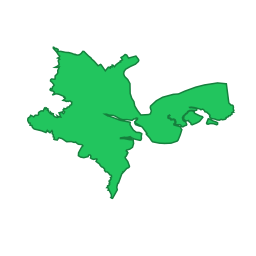 the district of Banyu Asin, Sumatera Selatan, Indonesia, rotated 102°
{"feature_id": "22746128B71070720422540", "entity_name": "Banyu Asin", "entity_type": "district", "adm_level": 2, "iso_a3": "IDN", "parent_name": "Indonesia", "parent_adm1": "Sumatera Selatan", "projection": "equal_earth", "projection_center": [104.728, -2.399], "detail": "fine", "context": "isolated", "style": "filled", "palette": "green", "viewbox_px": 256, "rotation_deg": 102, "n_neighbors": 0, "source": "geoboundaries", "source_scale": "gbopen_adm2", "svg_char_len": 5894}
<svg xmlns="http://www.w3.org/2000/svg" viewBox="0 0 256 256"><g transform="rotate(102 128 128)"><path d="M97.4,34.3L96.2,32.3L95.1,32.1L94.8,30.7L93.8,30.3L93.0,29.2L91.5,29.6L90.7,28.2L90.6,28.6L88.7,28.1L87.7,29.0L85.7,29.2L84.3,29.9L84.0,30.4L84.1,32.1L82.5,34.6L64.3,41.0L65.3,49.8L70.0,62.2L74.0,70.3L80.2,80.2L84.2,85.7L85.7,90.8L90.7,100.5L95.5,106.0L101.9,110.5L103.6,110.4L106.5,108.7L109.5,109.1L110.6,110.7L112.6,118.1L108.9,122.4L105.0,126.0L101.0,127.7L98.2,130.5L93.7,133.1L84.2,135.3L80.6,138.4L78.3,142.0L76.1,143.5L73.6,143.6L71.0,142.5L67.5,138.7L64.0,134.0L60.9,131.8L59.8,131.5L58.8,131.9L56.0,135.2L59.5,142.0L56.9,144.5L56.7,146.1L59.0,147.8L60.5,149.5L62.5,147.6L64.3,149.6L64.9,149.0L65.9,150.5L68.5,152.8L70.9,154.0L69.6,156.0L69.8,156.7L71.6,156.3L71.7,158.0L73.0,157.8L72.6,159.9L76.8,162.1L71.8,167.4L71.5,168.0L73.3,170.2L69.7,175.0L68.0,178.1L67.2,178.7L65.8,181.6L62.3,187.0L62.4,188.1L64.8,189.3L66.6,190.9L67.3,193.1L66.9,195.0L67.2,195.0L67.2,195.8L66.7,198.2L66.5,201.7L67.0,204.7L67.0,209.8L67.7,212.4L65.7,212.7L65.1,214.6L65.2,216.2L64.4,217.4L64.5,217.8L65.3,217.8L65.9,217.2L68.6,213.5L70.9,211.3L71.9,209.7L72.9,209.9L74.2,211.3L74.3,209.9L75.0,209.1L75.9,210.1L76.9,210.2L80.2,208.5L82.1,209.8L83.8,211.9L83.5,210.1L82.6,207.9L86.5,208.7L88.5,208.1L89.6,208.4L92.2,210.1L95.2,209.5L95.7,210.4L95.9,212.9L96.8,213.7L98.1,213.6L99.2,211.6L101.0,209.5L101.6,209.2L103.9,210.5L105.5,210.2L105.8,210.7L105.5,211.9L106.9,212.2L107.5,211.0L107.4,209.2L108.3,207.5L109.7,207.5L111.5,208.9L109.6,205.7L109.4,204.5L109.4,202.4L110.4,197.4L110.8,196.6L111.3,196.9L111.4,196.1L112.1,195.5L114.5,197.3L114.4,194.9L114.7,194.6L114.8,193.6L114.3,193.2L114.5,192.0L113.6,190.6L113.8,189.8L114.3,189.0L114.4,188.3L117.0,188.1L117.7,189.3L119.6,189.9L119.7,190.5L120.4,191.8L121.5,191.9L122.2,193.2L122.2,194.7L123.3,194.7L123.6,195.2L124.7,194.8L125.4,193.3L127.4,194.0L126.7,195.6L125.9,195.6L127.1,197.9L127.7,197.8L127.7,198.5L131.3,196.0L131.3,198.5L130.8,199.8L132.1,198.8L132.5,199.5L132.2,202.0L131.7,203.0L130.2,204.2L129.6,204.1L129.4,206.2L128.7,207.0L129.5,207.0L130.1,206.5L129.8,207.4L129.4,207.5L128.6,208.9L127.5,209.3L127.6,210.1L127.3,210.7L126.1,210.1L125.4,212.4L124.5,212.4L126.3,212.7L125.8,213.8L129.0,214.5L129.1,215.7L129.5,216.8L131.2,218.5L132.0,218.7L133.3,218.2L134.3,218.9L134.8,221.4L136.7,222.5L135.8,225.8L137.8,226.4L138.8,227.6L140.0,227.9L141.7,227.5L143.7,226.0L143.6,224.6L145.7,224.4L145.5,222.6L147.1,221.7L148.2,220.2L148.5,219.2L148.7,212.0L149.5,207.3L147.4,206.6L148.1,206.2L147.7,205.2L148.1,205.2L148.9,203.3L146.4,201.9L147.4,201.1L149.3,201.0L150.0,199.7L152.2,199.3L152.4,198.3L153.0,198.0L154.4,198.2L154.6,197.4L154.5,194.7L152.0,193.7L151.9,193.2L152.1,190.3L154.2,185.2L153.0,180.5L153.3,178.2L153.0,176.3L152.7,176.2L153.9,174.1L154.2,172.8L153.9,170.5L154.1,169.2L154.8,168.4L156.5,169.4L162.5,171.2L165.4,170.8L166.3,168.3L166.2,165.0L164.3,161.1L162.9,160.9L162.4,160.4L162.3,159.4L163.2,158.4L165.1,158.5L165.6,157.3L165.9,155.1L164.8,152.8L165.0,151.8L167.4,152.3L169.2,148.2L170.3,147.5L171.5,145.8L171.6,144.5L172.9,142.4L174.2,142.2L175.5,140.9L175.3,139.1L176.5,137.0L177.5,136.3L177.8,134.4L179.3,133.9L180.1,134.9L181.3,133.9L182.5,134.7L183.1,134.5L183.9,135.5L185.3,134.5L186.0,134.9L186.6,134.3L187.0,134.7L188.1,134.7L188.8,135.9L189.5,135.7L190.7,136.3L190.6,135.3L191.6,134.3L191.9,134.1L192.9,134.6L193.0,133.3L196.6,130.5L199.0,129.9L199.5,130.4L200.0,129.6L200.0,128.5L190.7,125.6L188.5,126.6L186.8,126.7L184.2,126.5L183.9,125.9L174.0,124.5L172.9,123.7L172.0,123.8L172.0,123.2L167.8,120.8L166.7,119.2L165.7,118.6L165.1,118.6L160.8,121.3L158.2,124.2L157.1,124.8L155.9,123.9L153.3,123.2L153.6,123.6L151.9,123.4L151.3,123.8L151.0,124.8L150.4,125.0L149.9,124.8L148.3,121.8L145.9,119.6L142.0,119.3L138.5,120.5L139.1,123.8L139.2,129.8L139.9,133.2L139.2,133.3L137.7,129.3L137.8,128.6L137.2,126.4L136.0,124.1L136.9,122.3L137.5,118.9L137.6,113.6L137.2,113.0L135.8,112.6L133.2,113.3L131.0,113.3L130.6,113.4L130.0,115.9L130.5,119.0L128.9,122.4L125.3,125.9L123.9,126.9L122.1,127.0L121.9,127.5L122.1,137.3L120.4,148.3L120.4,150.3L119.3,153.5L118.9,151.9L119.3,149.1L118.7,145.2L119.0,143.1L120.8,137.3L120.9,134.7L120.0,130.9L119.6,125.6L117.9,124.2L117.5,122.3L116.5,122.1L116.5,120.7L117.6,120.6L120.5,122.7L121.3,122.4L124.1,114.3L129.3,108.4L129.6,108.9L130.3,108.8L133.2,104.7L135.5,102.4L136.4,101.0L136.3,94.2L135.5,89.0L133.9,82.8L130.6,77.2L129.4,76.5L123.8,75.5L118.4,75.0L117.6,76.0L116.4,76.5L115.9,77.2L115.5,83.6L114.6,84.1L113.5,83.2L112.8,83.2L110.8,83.9L110.3,85.1L111.2,87.7L110.2,88.6L110.2,90.2L109.8,91.1L107.8,91.3L106.7,90.1L107.1,89.6L108.0,90.5L109.5,90.6L109.6,88.4L110.5,87.0L109.7,85.2L110.1,83.6L112.1,82.4L113.8,82.4L115.0,83.0L114.0,77.9L114.2,77.1L115.1,76.0L115.5,74.6L113.9,72.9L113.1,71.4L112.2,71.3L110.0,73.0L109.7,74.5L108.7,76.0L106.6,76.9L104.7,76.4L102.9,75.0L101.9,74.6L101.1,73.4L99.5,73.1L98.2,71.6L97.5,69.2L97.1,66.2L96.3,64.6L95.0,64.6L94.6,65.5L94.9,70.6L95.3,71.5L95.0,71.9L94.5,70.6L94.2,67.1L94.5,61.5L95.0,60.5L94.1,59.1L94.2,58.3L95.1,56.8L96.1,56.2L96.2,53.9L96.7,53.5L97.5,51.8L98.2,51.3L98.4,50.5L100.2,50.4L101.4,48.4L101.2,44.9L101.6,42.4L101.3,40.1L100.2,38.8L100.3,37.2L99.3,34.8L98.3,34.0L97.4,34.3ZM111.5,65.9L108.8,61.9L106.6,59.4L102.0,57.0L101.4,57.6L101.2,60.2L99.8,65.7L99.5,66.2L98.4,66.6L97.8,68.7L98.2,70.7L99.3,72.3L101.6,73.3L102.1,74.1L104.6,75.7L106.8,75.6L107.9,75.2L108.5,73.9L109.0,73.8L108.9,72.2L108.1,70.5L109.1,69.6L109.9,67.8L111.4,66.9L111.5,65.9ZM107.7,51.5L107.6,50.3L106.6,48.7L106.0,45.4L106.4,41.9L105.8,41.2L104.3,41.4L103.8,43.0L103.4,46.4L102.2,50.5L102.3,51.4L106.9,52.2L107.7,51.5ZM138.6,128.2L138.7,123.3L138.4,122.3L137.5,123.0L137.2,123.7L138.3,128.0L138.6,128.2ZM123.1,121.3L123.7,117.4L123.7,116.9L123.1,117.6L122.0,120.9L122.2,122.0L123.1,121.3Z" fill="#22c55e" stroke="#15803d" stroke-width="1.5"/></g></svg>